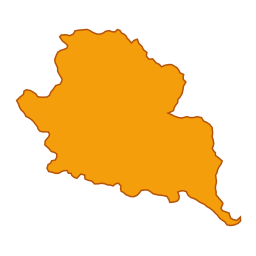 the district of Governador Lindenberg, Espírito Santo, Brazil, rotated 89°
{"feature_id": "56859067B32114864176214", "entity_name": "Governador Lindenberg", "entity_type": "district", "adm_level": 2, "iso_a3": "BRA", "parent_name": "Brazil", "parent_adm1": "Espírito Santo", "projection": "natural_earth1", "projection_center": [-40.489, -19.202], "detail": "fine", "context": "isolated", "style": "filled", "palette": "amber", "viewbox_px": 256, "rotation_deg": 89, "n_neighbors": 0, "source": "geoboundaries", "source_scale": "gbopen_adm2", "svg_char_len": 2974}
<svg xmlns="http://www.w3.org/2000/svg" viewBox="0 0 256 256"><g transform="rotate(89 128 128)"><path d="M89.3,231.3L92.6,232.0L95.2,235.4L98.5,238.9L102.3,237.0L104.8,236.3L107.9,234.7L110.2,232.3L112.3,230.8L114.5,230.0L116.4,226.4L119.0,223.2L121.1,221.5L123.1,220.1L125.0,218.6L127.4,217.9L129.6,216.2L130.4,213.5L130.4,210.7L130.5,207.8L132.9,206.5L135.4,207.5L137.3,209.2L139.7,211.1L143.5,211.4L145.7,209.0L147.8,206.9L150.1,205.2L151.2,201.8L152.7,199.7L155.7,199.7L158.7,201.2L159.5,205.0L161.6,205.9L163.3,208.6L166.9,209.7L170.1,208.1L170.9,204.6L172.0,201.6L172.1,198.3L170.9,196.1L169.6,193.2L169.5,189.6L172.2,188.4L172.3,185.8L174.5,184.9L176.3,182.8L177.4,180.0L173.2,176.0L174.3,172.1L178.1,171.9L179.6,168.6L180.5,165.0L183.3,162.5L183.3,158.8L182.8,155.4L183.4,152.1L184.6,149.1L184.8,146.3L185.7,143.9L183.7,141.6L183.0,138.6L185.9,136.0L188.3,136.5L191.0,136.0L192.4,133.6L194.7,131.1L196.6,126.6L196.8,123.3L195.5,120.2L193.2,117.8L190.6,115.8L190.3,112.3L190.3,109.5L191.8,107.0L194.2,104.0L195.4,99.5L196.1,94.3L197.1,90.2L200.5,88.3L203.1,87.5L202.8,83.3L201.9,80.0L199.8,78.3L196.8,78.0L193.0,79.4L191.9,76.4L191.7,73.7L192.7,70.8L196.3,69.1L198.6,66.4L199.5,63.7L200.9,61.0L203.3,57.7L205.8,52.7L207.9,50.5L209.5,47.7L212.2,44.4L214.9,41.9L216.9,39.9L219.9,37.8L221.8,35.3L223.6,32.7L226.5,30.8L227.3,27.4L226.7,23.1L225.3,19.7L223.0,17.1L219.0,17.2L222.3,20.8L221.4,24.3L219.9,26.9L217.2,27.8L214.8,28.5L213.6,31.6L212.3,35.1L209.8,36.4L207.3,35.3L205.1,34.4L202.9,35.8L200.7,37.7L198.9,39.1L196.3,41.1L193.3,41.0L190.0,41.7L187.0,41.4L184.6,40.7L182.3,40.5L179.9,40.9L176.6,41.2L174.2,39.8L171.9,39.3L169.0,38.0L165.8,35.7L162.6,34.4L159.5,37.8L157.0,41.0L154.2,41.1L152.2,42.9L149.7,44.1L147.5,43.1L144.8,42.5L140.9,43.2L138.4,44.1L135.1,43.5L132.3,43.6L129.0,43.9L125.7,46.4L123.6,49.6L122.3,52.4L118.9,54.3L117.9,58.8L118.7,62.1L118.7,65.6L117.7,69.0L119.0,74.3L118.5,76.9L117.2,80.9L115.3,84.6L113.8,87.7L112.7,84.9L111.4,82.3L107.9,81.1L105.3,79.4L103.4,77.9L100.4,77.7L98.1,75.5L94.5,73.3L90.7,72.4L87.2,71.8L83.0,69.3L80.5,71.8L78.2,72.0L75.5,71.4L73.8,74.9L70.8,76.4L68.5,78.1L66.8,80.9L65.4,83.1L65.3,85.9L65.9,89.9L67.4,93.5L65.1,95.4L63.2,99.0L59.3,102.1L59.6,105.9L56.4,108.4L52.8,107.8L50.0,111.2L46.6,112.7L43.7,115.7L39.4,117.1L40.5,120.5L43.1,123.1L40.1,125.4L38.2,127.3L36.2,128.2L34.4,129.9L33.1,132.6L30.2,134.5L29.4,137.0L31.6,139.1L31.6,141.9L30.3,145.2L30.9,148.7L32.6,151.1L33.7,154.4L33.5,157.4L32.0,161.2L29.8,164.7L28.7,167.4L29.1,171.4L29.3,175.7L30.0,179.4L33.1,181.0L34.7,184.7L33.9,187.2L33.7,190.0L33.9,193.1L35.7,194.8L40.1,191.8L42.6,188.6L44.9,186.8L47.1,187.8L48.2,190.5L49.3,194.1L51.0,196.8L53.8,198.3L58.0,200.0L61.3,199.7L63.6,198.6L66.4,197.4L70.2,197.3L73.6,195.5L78.0,193.1L80.3,193.5L83.1,195.2L84.3,199.5L87.6,201.8L90.8,204.5L93.9,205.8L95.6,208.4L95.7,211.2L95.7,214.1L95.2,217.8L92.3,219.5L90.2,222.6L88.8,225.1L88.0,228.9L89.3,231.3Z" fill="#f59e0b" stroke="#b45309" stroke-width="1.5"/></g></svg>